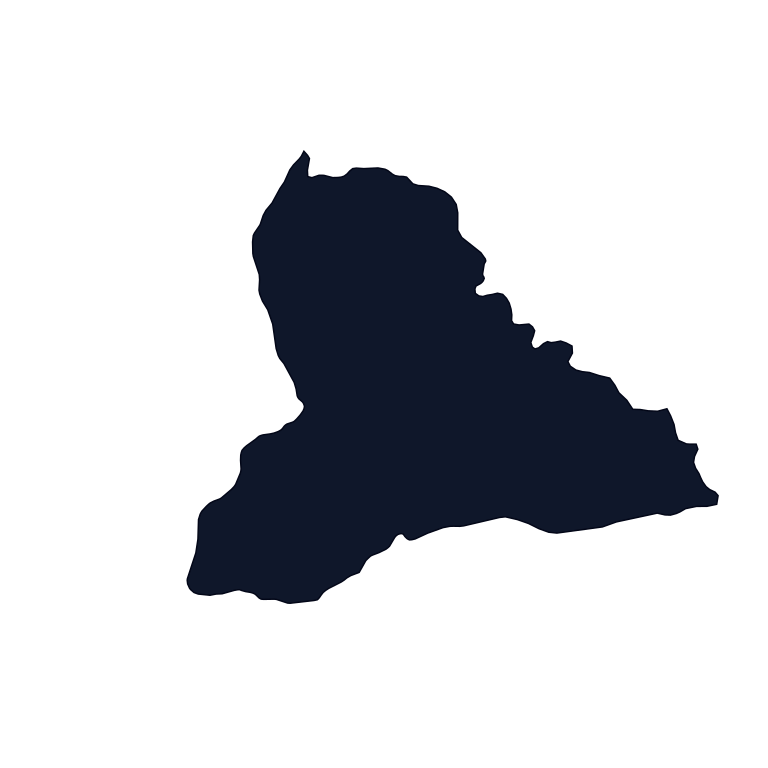 SVG path tracing the border of Tacuarembó, rotated 246°
{"feature_id": "URY-15", "entity_name": "Tacuarembó", "entity_type": "Department", "adm_level": 1, "iso_a3": "URY", "parent_name": "Uruguay", "parent_adm1": "", "projection": "equal_earth", "projection_center": [-55.77, -32.059], "detail": "fine", "context": "isolated", "style": "filled", "palette": "ink", "viewbox_px": 768, "rotation_deg": 246, "n_neighbors": 0, "source": "natural_earth", "source_scale": "10m", "svg_char_len": 3555}
<svg xmlns="http://www.w3.org/2000/svg" viewBox="0 0 768 768"><g transform="rotate(246 384 384)"><path d="M164.6,525.4L177.5,481.3L181.6,474.2L188.7,466.8L197.8,459.3L205.9,450.7L213.3,440.9L215.1,435.2L222.0,399.1L223.2,395.3L225.9,389.5L227.2,386.3L228.8,379.5L229.8,365.7L230.0,363.4L229.8,349.5L230.4,346.2L231.2,343.9L232.3,342.9L233.5,342.1L236.1,341.1L238.2,340.7L239.3,340.3L240.1,339.3L240.7,337.7L240.9,335.4L240.4,333.3L239.5,331.4L233.6,323.1L232.9,321.1L232.3,318.6L232.0,310.9L232.4,303.8L232.3,301.7L231.2,298.5L230.1,295.6L222.0,284.7L222.5,275.7L222.0,271.2L221.1,267.9L220.5,264.3L219.8,250.5L219.2,246.8L218.3,243.6L216.8,240.8L215.2,238.2L214.5,236.8L214.0,235.3L214.7,232.0L221.9,209.1L223.1,206.8L231.0,198.1L232.1,196.2L236.3,186.3L237.5,184.2L239.3,182.9L243.8,181.1L245.1,180.3L246.6,178.9L248.2,176.9L250.6,173.2L253.6,169.6L254.7,168.7L255.6,166.5L256.4,163.2L258.2,150.8L260.4,145.2L261.8,139.1L267.7,128.8L270.8,125.6L274.9,123.7L276.6,123.3L281.2,123.3L284.8,124.4L286.1,125.2L306.2,143.4L317.9,150.9L335.6,159.4L339.8,163.1L341.0,164.6L342.0,166.1L344.5,172.0L345.6,175.2L346.0,176.9L346.2,180.9L345.8,187.1L346.0,189.0L349.7,201.6L350.2,202.8L351.1,205.0L351.8,206.3L352.8,207.8L361.0,216.5L362.8,217.9L364.5,218.9L372.6,221.9L377.3,224.2L379.5,225.8L381.1,227.3L382.5,230.2L383.5,233.4L385.7,244.0L386.7,247.2L387.1,248.9L387.0,250.8L386.7,252.8L384.7,259.7L383.9,263.6L383.6,267.8L383.7,269.8L384.0,271.6L384.6,273.1L386.1,275.8L386.6,277.3L386.9,279.0L386.3,284.9L386.4,286.8L387.5,289.9L389.7,294.7L392.3,299.1L394.2,301.1L396.1,302.3L397.9,302.5L399.6,302.5L401.1,302.1L405.1,300.2L406.7,299.9L408.5,299.9L415.2,301.7L422.0,302.6L443.4,300.9L449.6,299.2L453.1,299.0L460.2,299.9L484.0,306.7L499.1,308.0L509.2,306.7L516.8,307.1L520.6,308.0L529.9,312.8L534.8,314.6L553.6,316.5L556.6,317.3L567.2,321.7L572.7,324.9L573.7,326.0L574.6,327.1L579.5,335.0L580.4,336.1L587.1,342.2L590.7,346.9L594.9,355.4L605.0,368.6L609.0,375.1L617.9,385.1L621.0,390.5L624.0,398.0L625.6,401.0L629.2,405.5L623.9,407.2L620.3,407.6L610.5,401.0L604.5,398.7L601.8,402.1L601.1,409.6L599.1,413.9L593.4,421.1L591.4,425.9L590.4,429.1L590.1,432.2L590.9,435.7L592.5,439.3L593.5,443.0L592.5,446.5L589.0,453.1L583.8,466.4L579.8,472.3L577.4,474.3L572.3,477.0L569.8,478.9L567.5,482.3L565.8,485.9L563.8,488.8L555.1,491.8L551.4,496.0L546.4,505.5L541.2,512.1L534.8,517.7L527.3,521.6L518.7,523.0L510.4,521.0L494.6,513.9L486.2,514.6L464.5,525.9L457.0,527.4L455.0,527.0L454.0,525.8L453.0,524.4L444.4,518.8L442.7,518.4L441.2,518.7L439.7,518.5L437.9,516.6L437.0,514.8L436.5,513.1L436.1,507.9L433.9,505.7L429.7,504.3L425.9,506.5L423.7,509.9L423.1,514.4L421.8,519.2L420.8,524.6L417.6,528.9L412.5,530.7L407.0,531.3L400.8,530.5L395.2,528.9L390.0,526.3L386.1,526.8L383.0,531.4L379.8,540.8L375.8,542.9L371.4,543.3L367.4,540.1L362.2,535.0L357.4,534.5L354.6,536.2L354.1,540.1L356.0,546.1L356.2,550.6L353.8,553.5L352.6,557.4L351.4,562.8L347.4,567.1L342.2,571.2L335.6,568.7L329.7,561.1L324.5,561.4L318.7,565.0L314.5,570.3L311.0,576.3L304.2,583.9L297.6,592.6L289.1,594.4L280.5,595.0L270.4,599.2L259.7,601.0L256.5,607.6L252.0,614.5L247.8,622.9L246.3,632.4L238.4,632.9L229.1,632.5L220.9,630.5L213.0,629.8L206.3,635.8L204.6,639.0L202.1,644.7L196.8,644.2L191.5,638.2L186.5,634.9L180.3,634.4L174.1,635.3L169.9,635.2L165.1,635.3L159.2,636.5L155.1,638.6L150.5,642.5L146.1,643.8L138.8,639.0L140.9,629.3L145.1,619.7L147.5,608.8L146.8,602.4L146.8,598.4L147.7,592.4L150.1,587.5L154.9,581.1L155.9,576.3L163.5,540.2L164.6,525.4Z" fill="#0f172a" stroke="#020617" stroke-width="1.5"/></g></svg>